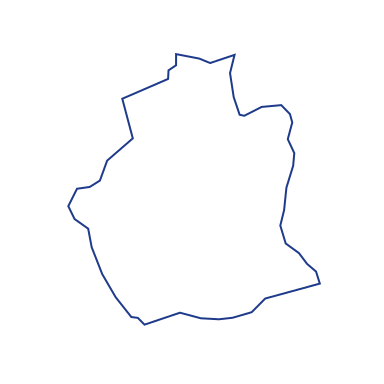 Humphreys, Tennessee, United States of America (Natural Earth projection), rotated 158°
{"feature_id": "52423323B79076745514263", "entity_name": "Humphreys", "entity_type": "district", "adm_level": 2, "iso_a3": "USA", "parent_name": "United States of America", "parent_adm1": "Tennessee", "projection": "natural_earth1", "projection_center": [-87.797, 36.024], "detail": "fine", "context": "isolated", "style": "outline", "palette": "blue", "viewbox_px": 384, "rotation_deg": 158, "n_neighbors": 0, "source": "geoboundaries", "source_scale": "gbopen_adm2", "svg_char_len": 721}
<svg xmlns="http://www.w3.org/2000/svg" viewBox="0 0 384 384"><g transform="rotate(158 192 192)"><path d="M295.1,98.8L289.4,95.6L285.7,86.8L248.4,84.6L231.1,71.6L214.7,63.9L201.5,60.2L181.7,58.2L164.0,65.8L107.8,59.2L106.8,71.8L112.2,82.1L115.7,95.2L124.4,109.2L122.7,127.8L113.4,140.7L102.8,160.7L88.4,178.4L82.6,189.7L83.4,205.1L73.0,218.9L72.0,227.5L76.7,239.1L95.6,244.8L115.0,243.1L118.9,245.8L117.8,264.3L112.2,288.0L101.2,303.2L126.9,304.8L135.3,313.0L155.1,325.8L159.3,315.5L168.2,313.6L171.8,305.8L221.7,304.6L226.8,263.9L258.9,252.9L273.1,237.1L285.0,235.0L297.4,238.1L312.0,225.2L311.0,210.9L302.0,196.9L305.7,178.4L306.0,149.5L302.2,123.1L295.1,98.8Z" fill="none" stroke="#1e3a8a" stroke-width="2"/></g></svg>